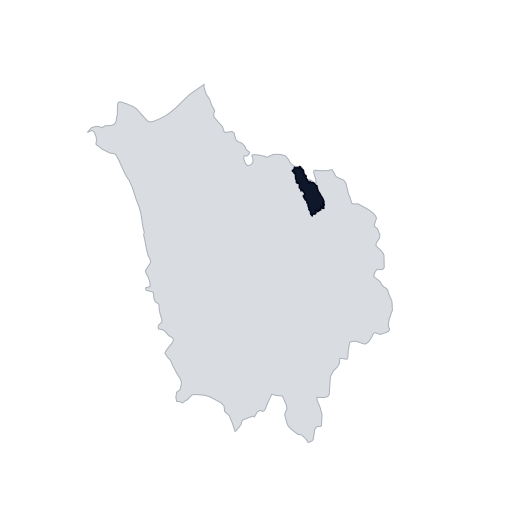 Pastavy, Vitebsk, Belarus shown in context, rotated 69°
{"feature_id": "67162791B41761210959552", "entity_name": "Pastavy", "entity_type": "district", "adm_level": 2, "iso_a3": "BLR", "parent_name": "Belarus", "parent_adm1": "Vitebsk", "projection": "natural_earth1", "projection_center": [27.066, 55.118], "detail": "fine", "context": "in_parent", "style": "filled", "palette": "ink", "viewbox_px": 512, "rotation_deg": 69, "n_neighbors": 0, "source": "geoboundaries", "source_scale": "gbopen_adm2", "svg_char_len": 8410}
<svg xmlns="http://www.w3.org/2000/svg" viewBox="0 0 512 512"><g transform="rotate(69 256 256)"><path d="M412.3,338.4L404.5,338.0L395.3,338.2L390.1,341.0L384.5,339.6L380.5,341.3L371.4,349.1L367.9,353.4L364.6,359.9L362.7,364.7L363.8,368.1L365.6,371.3L366.0,374.7L366.9,377.3L364.7,379.3L363.4,382.1L359.5,381.6L354.7,378.9L353.7,375.0L350.0,372.3L347.6,370.9L343.6,370.7L337.3,372.0L329.0,372.9L322.8,373.2L319.4,374.6L314.4,375.9L312.4,374.3L309.6,369.9L307.2,365.6L305.6,363.6L304.2,363.1L302.6,363.2L300.6,364.6L299.2,366.0L294.0,367.7L291.7,369.2L289.2,373.2L287.5,373.0L285.8,372.0L283.8,367.5L281.0,366.5L276.6,366.4L271.2,365.5L266.8,364.1L265.2,364.5L262.6,366.4L259.7,366.6L253.5,364.9L252.3,365.7L248.8,370.7L247.1,370.9L246.1,370.3L246.6,366.0L243.0,364.5L236.9,364.2L232.7,364.8L230.6,364.7L229.5,363.8L224.3,356.6L221.5,356.1L216.6,356.5L209.2,355.6L200.8,354.0L196.2,353.4L193.8,351.8L188.6,351.2L174.7,348.2L169.0,347.6L160.7,347.6L147.9,346.9L139.8,347.3L136.0,348.3L131.6,348.9L116.5,349.8L111.0,350.6L109.4,352.1L107.6,355.4L101.3,361.2L95.2,365.0L94.1,365.3L90.5,363.3L87.6,362.6L84.1,362.4L81.7,363.0L80.1,364.0L80.2,368.4L79.9,368.8L77.3,363.6L77.6,358.8L79.1,356.1L81.0,353.6L80.3,349.9L82.1,345.1L82.3,341.6L81.5,340.0L80.1,338.3L76.2,336.3L74.5,334.8L69.2,332.8L63.9,330.3L63.1,328.7L63.4,327.7L64.3,326.1L68.4,321.3L72.9,316.8L75.7,314.9L90.6,309.1L92.9,307.0L93.6,303.6L93.4,296.6L92.6,290.2L91.6,285.8L88.9,277.6L81.5,260.6L77.2,243.0L80.2,244.1L87.2,244.5L92.8,243.2L95.7,243.1L98.3,243.5L105.6,242.5L107.4,244.1L110.7,245.5L117.1,243.4L122.9,241.0L128.8,241.2L129.7,240.0L131.2,233.8L133.0,232.4L140.1,233.1L142.7,231.9L145.5,228.9L149.7,227.0L153.2,227.0L156.8,224.8L158.6,226.3L159.4,228.8L158.2,230.9L158.7,231.7L161.2,232.7L165.6,232.7L168.3,231.8L169.0,230.7L169.0,228.5L168.3,226.5L166.5,224.8L163.1,223.9L160.7,223.9L160.3,222.8L161.1,220.5L163.3,216.2L165.9,212.3L167.5,210.9L167.8,209.5L167.5,207.2L167.4,203.0L169.8,197.1L173.0,192.6L177.2,191.2L182.3,190.4L185.6,188.3L187.2,185.9L188.7,182.1L190.3,181.3L202.6,181.8L204.5,178.0L205.6,177.0L208.0,175.9L209.6,174.5L209.0,173.5L205.8,172.8L198.4,172.2L196.9,171.0L197.4,169.4L199.4,165.5L201.3,160.5L202.3,156.6L202.4,154.3L203.5,153.7L209.5,153.0L211.5,152.2L216.7,146.9L220.6,146.0L230.8,147.4L235.5,147.3L241.4,147.6L242.0,147.1L244.0,141.9L254.1,133.5L259.4,130.6L262.8,129.9L264.0,130.1L269.5,134.5L270.7,134.7L274.3,132.8L280.5,132.7L283.4,134.2L287.6,139.6L289.7,140.3L295.8,137.3L299.1,136.3L301.3,136.3L312.8,140.5L313.6,141.8L313.7,143.4L312.0,148.4L314.4,151.4L317.2,153.5L323.0,150.1L325.2,149.1L327.5,149.1L330.7,147.8L332.9,145.9L335.1,145.3L339.3,145.7L346.9,145.3L355.8,148.2L356.6,149.2L361.0,152.7L362.6,154.4L364.1,155.0L366.5,156.7L369.6,157.7L371.8,157.4L372.9,158.0L373.9,159.3L374.0,161.6L373.8,168.1L370.7,171.6L370.3,172.8L370.5,174.2L373.1,177.0L376.4,181.4L377.2,184.0L377.3,185.9L372.9,191.5L371.5,192.9L370.5,195.6L370.1,198.5L370.4,199.6L377.9,204.1L383.4,206.5L384.7,207.7L384.8,208.5L382.0,213.3L381.7,214.6L386.2,216.6L388.7,219.7L391.0,224.9L395.3,229.8L411.0,237.0L412.4,238.3L412.9,239.9L412.5,243.3L409.8,249.7L412.5,250.7L419.4,250.4L427.8,251.2L438.0,255.8L438.1,257.8L437.1,259.7L437.8,261.7L439.0,263.3L447.8,268.4L448.7,269.9L448.9,272.4L448.7,274.2L446.3,274.6L443.7,275.5L439.3,277.6L437.7,280.7L430.7,285.0L426.4,286.9L422.9,287.0L414.5,286.1L411.6,284.0L410.3,282.1L407.1,281.2L402.8,281.2L397.0,281.5L395.8,282.1L394.9,284.4L392.5,288.5L390.7,290.8L398.4,298.8L402.2,302.1L403.4,304.1L403.4,305.6L401.6,307.3L402.0,310.7L405.7,315.2L404.5,315.9L404.3,321.5L404.4,327.4L405.5,328.8L407.5,330.0L409.2,332.2L412.0,337.1L412.3,338.4Z" fill="#d9dde1" stroke="#a8b0b8" stroke-width="1"/><path d="M189.7,191.6L190.1,191.5L190.3,191.3L190.8,190.9L191.2,190.7L191.8,190.7L192.5,190.7L192.8,190.5L192.7,190.2L192.7,189.8L192.9,189.6L193.2,189.5L193.6,189.7L194.0,189.8L194.4,190.1L194.9,190.3L195.2,190.4L195.8,190.6L196.2,190.8L196.6,190.8L196.9,190.8L197.3,191.0L197.7,191.2L198.0,191.3L198.4,191.3L198.9,191.2L199.3,191.1L199.7,191.2L200.2,191.4L200.7,191.5L201.3,191.7L201.5,191.9L201.8,191.9L202.2,191.7L202.6,191.5L203.0,191.2L203.2,190.8L202.9,190.6L202.7,190.4L202.7,190.2L203.1,190.1L203.5,190.0L204.0,189.9L204.8,189.9L205.3,190.0L205.7,190.2L206.3,190.4L206.5,190.6L207.0,190.8L207.5,191.0L207.9,191.1L208.2,190.9L208.3,190.7L208.6,190.5L209.1,190.3L209.5,190.4L210.0,190.4L210.7,190.4L211.2,190.6L211.3,190.3L211.2,190.0L211.3,189.5L211.2,189.1L211.1,188.8L211.2,188.6L211.4,188.5L211.7,188.5L212.3,188.7L212.4,188.9L212.8,188.8L213.2,188.6L213.8,188.3L214.2,188.0L214.9,188.2L215.3,188.4L215.6,188.5L216.0,188.7L216.5,189.1L216.9,189.4L216.7,189.8L216.7,190.1L216.8,190.3L217.0,190.4L217.7,190.4L218.5,190.3L218.8,190.3L219.6,190.1L220.0,189.9L220.5,189.9L220.9,190.0L221.3,189.9L221.4,189.6L221.4,189.2L221.5,189.0L221.8,188.9L222.1,189.0L222.5,189.1L223.0,189.1L223.3,189.1L223.7,189.1L224.1,189.2L224.5,189.3L224.8,189.3L225.1,189.3L225.3,189.0L225.7,188.9L225.9,188.9L226.1,188.9L226.5,188.9L226.8,188.9L227.2,189.1L227.4,189.3L227.8,189.5L228.1,189.5L228.4,189.4L228.7,189.3L229.3,189.3L229.5,189.5L230.1,189.3L230.4,189.3L230.8,189.3L231.0,189.3L231.2,189.7L231.1,189.8L231.3,190.0L231.7,189.9L231.8,189.9L232.0,189.8L232.3,189.7L232.5,189.5L232.6,189.4L233.0,189.3L233.1,189.2L233.3,189.0L233.5,189.0L233.8,189.0L234.0,189.1L234.1,189.4L234.3,189.5L234.6,189.4L234.9,189.4L235.3,189.5L235.6,189.7L235.8,189.8L236.1,189.8L236.3,189.9L236.6,189.9L237.0,189.8L237.1,189.7L237.4,189.6L237.6,189.5L238.0,189.4L238.4,189.3L238.6,189.2L238.3,188.9L238.0,188.7L237.8,188.4L237.6,188.2L237.3,188.0L237.0,187.7L236.9,187.6L236.9,187.3L237.1,187.2L237.3,187.1L237.5,187.1L237.5,186.9L237.7,186.6L237.4,186.4L237.4,186.1L237.5,186.0L237.6,185.9L237.8,185.8L237.8,185.7L237.9,185.3L237.7,185.2L237.3,185.1L237.2,185.0L237.2,184.9L237.1,184.6L237.0,184.4L236.8,184.3L236.6,184.3L236.2,184.5L235.8,184.5L235.7,184.5L235.4,184.4L235.2,184.3L235.1,184.1L234.7,183.8L234.6,183.7L234.6,183.4L234.8,183.3L234.9,183.2L235.1,183.0L235.3,182.9L235.6,182.8L236.0,182.8L236.3,182.7L236.5,182.7L236.6,182.3L236.5,182.2L236.4,182.1L236.4,181.9L236.5,181.7L236.4,181.4L236.2,181.3L236.0,181.2L235.9,181.1L235.9,180.9L236.1,180.9L236.3,180.8L236.3,180.6L236.3,180.4L236.2,180.3L235.7,180.1L235.5,179.9L235.6,179.7L235.8,179.5L236.0,179.4L236.1,179.1L235.7,179.0L235.4,179.1L235.1,179.0L235.0,178.8L235.0,178.6L235.0,178.4L234.8,178.1L234.6,178.0L234.3,177.9L234.1,177.9L233.8,177.7L233.5,177.6L233.3,177.5L233.4,177.4L233.7,177.3L233.9,177.1L234.2,177.0L234.3,177.0L234.5,176.9L234.8,176.8L235.0,176.7L235.4,176.6L235.5,176.6L235.6,176.4L235.6,176.2L235.7,175.8L235.7,175.7L235.6,175.4L235.4,175.4L235.1,175.5L234.9,175.6L234.7,175.7L234.3,175.6L234.0,175.5L233.9,175.4L233.9,175.2L233.8,174.9L233.5,174.8L233.4,174.8L233.1,174.9L232.7,174.9L232.4,174.8L232.4,174.7L232.6,174.6L232.9,174.3L232.9,174.1L232.7,173.9L232.3,173.8L232.1,173.9L231.8,174.0L231.5,174.1L231.2,174.3L231.1,174.5L230.8,174.8L230.6,174.8L230.5,174.7L230.5,174.3L230.6,174.1L230.7,173.9L230.8,173.6L230.6,173.5L230.3,173.4L230.1,173.4L229.8,173.4L229.7,173.4L229.5,173.2L229.4,173.0L229.1,173.0L228.9,173.0L228.4,173.0L228.0,173.0L227.5,173.0L227.0,173.0L226.5,173.1L226.1,173.1L225.6,173.1L225.1,173.2L224.8,173.3L224.3,173.4L224.1,173.5L223.7,173.6L223.2,173.6L222.6,173.9L222.3,173.9L221.6,173.9L221.2,173.9L220.7,173.9L220.4,174.0L220.0,174.2L219.7,174.3L219.4,174.4L219.1,174.5L218.7,174.5L218.4,174.5L218.0,174.6L217.6,174.6L217.2,174.7L216.9,174.6L216.4,174.6L215.5,174.5L214.9,174.4L214.5,174.4L213.9,174.3L213.4,174.2L212.9,174.1L212.1,174.0L211.9,174.4L211.4,174.8L209.9,175.4L208.8,175.8L207.9,176.4L207.9,177.1L207.7,177.8L207.1,178.1L206.5,178.6L205.9,178.9L206.2,179.3L206.9,180.0L206.0,180.3L205.3,180.6L204.3,180.6L203.5,181.3L203.4,180.9L202.3,181.0L201.0,181.3L200.3,181.4L200.0,180.8L199.4,180.5L198.3,180.9L197.8,181.4L197.0,182.0L196.5,181.7L195.6,181.5L194.5,181.6L193.9,181.1L193.1,181.0L192.5,181.2L191.8,181.5L191.4,182.0L190.3,182.5L189.6,182.5L188.9,182.6L188.1,183.1L188.2,183.6L188.9,184.1L189.4,184.7L189.3,185.1L188.7,185.3L188.1,185.9L188.3,186.4L188.1,187.0L187.6,187.8L187.0,188.2L187.0,188.3L187.4,188.6L187.6,188.8L188.0,189.0L188.4,189.2L188.7,189.6L188.8,189.9L188.9,190.4L189.2,190.9L189.4,191.2L189.6,191.6L189.7,191.6Z" fill="#0f172a" stroke="#020617" stroke-width="1.5"/></g></svg>